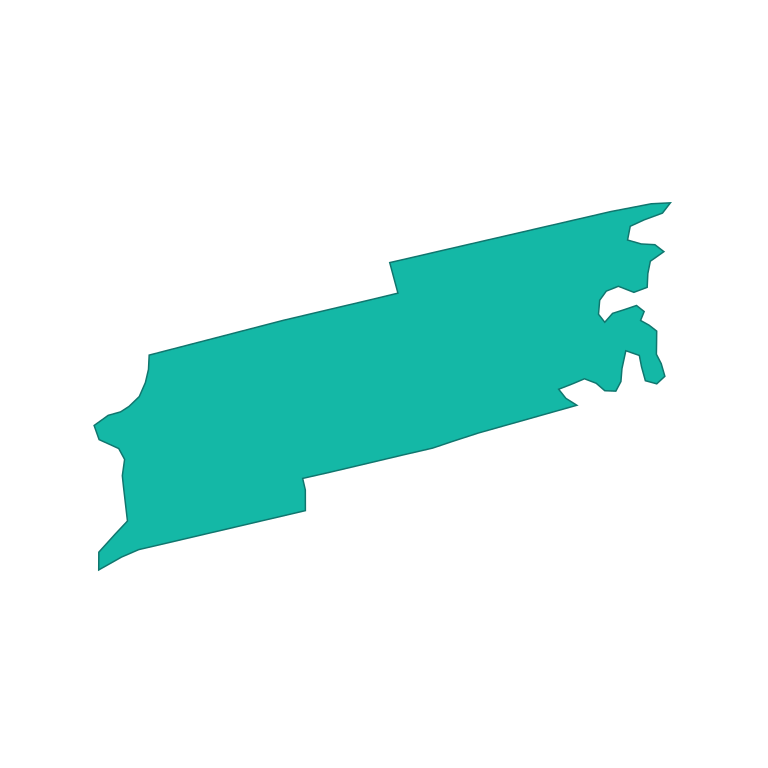 the district of Salvador das Missões, Rio Grande do Sul, Brazil, rotated 77°
{"feature_id": "56859067B44192051528509", "entity_name": "Salvador das Missões", "entity_type": "district", "adm_level": 2, "iso_a3": "BRA", "parent_name": "Brazil", "parent_adm1": "Rio Grande do Sul", "projection": "albers", "projection_center": [-54.83, -28.098], "detail": "fine", "context": "isolated", "style": "filled", "palette": "teal", "viewbox_px": 768, "rotation_deg": 77, "n_neighbors": 0, "source": "geoboundaries", "source_scale": "gbopen_adm2", "svg_char_len": 1110}
<svg xmlns="http://www.w3.org/2000/svg" viewBox="0 0 768 768"><g transform="rotate(77 384 384)"><path d="M271.9,64.2L268.5,83.1L267.0,124.2L267.0,197.0L267.0,292.1L267.0,351.1L298.6,350.0L298.9,381.2L299.3,467.4L303.0,606.3L316.8,610.2L329.0,616.2L341.2,625.3L348.5,637.5L351.9,647.0L352.5,659.8L359.2,675.8L374.1,674.1L387.2,657.0L399.1,653.7L414.5,659.6L425.1,660.9L459.8,664.8L469.5,679.3L483.7,699.7L501.0,703.8L493.6,678.7L490.2,660.2L489.7,489.1L469.6,484.5L457.7,484.5L457.8,456.1L457.4,380.5L457.4,351.1L455.5,331.8L453.0,303.4L448.1,200.9L438.9,210.0L428.4,215.0L426.1,199.4L424.0,187.5L431.0,177.1L440.2,170.4L443.1,159.7L434.9,152.6L422.6,148.7L406.0,140.9L413.6,128.8L425.1,129.2L439.6,128.6L445.2,118.2L439.7,108.6L426.5,109.3L416.3,111.9L405.8,109.3L393.8,106.4L386.3,112.5L379.8,119.7L371.9,114.2L364.3,120.3L365.6,133.1L366.6,145.4L373.5,155.0L364.3,159.3L350.9,155.0L343.5,146.5L341.5,133.7L350.9,119.9L349.0,105.8L335.8,102.1L324.3,96.9L318.0,81.5L309.2,88.7L305.4,101.9L298.5,114.3L285.7,108.6L282.6,93.7L280.1,74.2L271.9,64.2Z" fill="#14b8a6" stroke="#0f766e" stroke-width="1.5"/></g></svg>